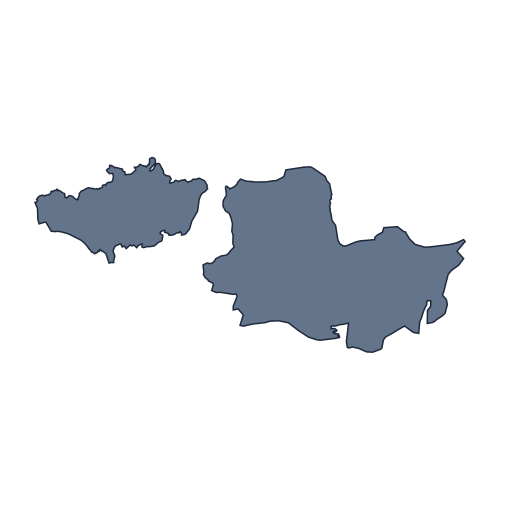 Wasagu-Danko, Kebbi, Nigeria, rotated 350°
{"feature_id": "59680162B4050907661224", "entity_name": "Wasagu-Danko", "entity_type": "district", "adm_level": 2, "iso_a3": "NGA", "parent_name": "Nigeria", "parent_adm1": "Kebbi", "projection": "orthographic", "projection_center": [5.394, 11.45], "detail": "fine", "context": "isolated", "style": "filled", "palette": "slate", "viewbox_px": 512, "rotation_deg": 350, "n_neighbors": 0, "source": "geoboundaries", "source_scale": "gbopen_adm2", "svg_char_len": 6099}
<svg xmlns="http://www.w3.org/2000/svg" viewBox="0 0 512 512"><g transform="rotate(350 256 256)"><path d="M354.1,371.0L362.1,369.6L363.9,368.7L366.9,360.8L369.6,358.2L376.8,355.8L383.3,353.2L390.2,350.8L397.7,358.6L402.8,360.5L405.8,349.2L408.1,345.9L411.1,340.0L413.4,336.4L415.6,333.7L415.9,332.2L416.9,329.7L420.4,330.6L419.1,336.2L415.5,339.1L412.9,352.2L417.9,352.1L420.3,351.6L422.6,350.1L428.9,347.4L432.3,345.2L436.0,337.1L436.0,332.8L435.7,331.6L435.2,330.5L433.3,327.8L433.2,326.8L433.5,325.4L434.4,324.4L442.0,307.6L445.9,304.2L454.2,300.1L460.0,294.6L454.8,286.2L464.5,278.0L463.3,275.9L455.7,277.9L448.0,278.3L427.7,277.2L423.5,276.5L414.7,272.2L410.1,265.7L407.2,258.1L405.7,257.6L400.4,251.7L386.8,250.3L384.6,254.6L379.7,256.1L376.5,258.1L375.6,260.5L361.4,259.2L356.6,259.5L346.2,261.8L343.3,261.0L341.6,259.5L340.4,258.0L339.4,253.8L339.7,239.8L337.0,234.1L337.2,227.0L336.8,225.1L336.9,223.8L337.3,223.3L337.1,222.0L336.8,221.5L337.2,220.4L337.5,220.2L337.2,219.2L337.7,218.7L337.9,217.7L338.6,217.1L338.2,214.3L338.6,213.6L340.2,212.8L340.3,210.5L340.6,209.6L341.0,209.3L341.3,208.6L341.0,197.5L338.9,194.3L337.9,189.6L327.5,179.4L325.1,177.7L318.7,176.8L300.4,176.4L297.5,182.2L295.8,183.3L288.8,185.3L285.5,184.9L278.8,184.8L267.5,182.9L264.7,181.9L259.4,180.6L254.1,177.6L250.8,180.2L250.0,181.6L248.4,182.9L246.8,183.9L242.2,185.4L241.6,184.4L240.3,183.6L239.8,182.6L239.1,182.2L238.2,182.3L237.7,184.2L237.8,185.7L237.4,191.0L233.4,195.7L232.8,197.9L232.2,201.6L233.9,206.5L237.0,209.3L238.1,214.6L238.4,220.3L236.5,227.2L237.0,231.6L235.4,239.6L236.0,243.4L232.2,246.1L229.9,248.2L227.1,250.0L221.7,249.9L215.9,251.7L214.4,253.5L211.8,255.3L209.3,255.5L206.5,254.4L202.3,255.6L201.8,263.0L201.0,264.8L202.0,268.2L204.5,271.0L204.8,272.3L208.7,275.1L209.1,276.8L206.3,282.3L210.6,285.1L214.1,285.4L227.1,289.9L230.0,290.0L230.4,292.5L224.9,301.4L224.2,305.2L229.1,305.0L233.3,311.7L228.2,321.6L231.6,322.9L240.9,322.4L253.4,323.2L258.7,322.6L267.2,323.8L276.3,327.4L284.8,336.7L293.6,345.0L301.1,349.0L304.6,350.1L319.8,350.9L324.1,350.7L324.2,349.5L322.7,349.6L322.9,348.5L323.8,348.5L323.8,347.2L319.6,346.1L318.7,344.8L318.8,344.0L319.8,343.6L320.4,343.5L320.6,344.7L321.4,344.6L322.8,343.3L321.0,341.1L317.3,340.6L318.0,338.0L320.8,338.6L322.0,338.6L323.6,338.6L326.2,338.2L329.3,338.4L335.5,338.2L330.2,355.8L330.0,361.6L331.2,362.7L335.3,362.4L341.1,364.8L348.2,369.6L354.1,371.0ZM49.8,162.0L50.5,163.3L49.0,164.8L47.6,164.9L49.1,171.1L47.5,182.1L48.0,186.7L53.8,186.0L55.0,186.4L58.7,196.1L62.5,197.1L64.9,197.2L68.6,198.5L73.1,200.6L75.8,202.1L86.5,210.1L89.1,213.3L91.5,217.1L92.6,219.6L93.9,221.5L94.7,223.5L96.2,224.3L97.2,225.5L97.7,225.8L98.0,225.4L100.3,225.0L101.3,223.9L102.3,224.2L102.3,223.2L102.7,222.8L103.2,222.9L103.8,222.6L104.1,222.9L104.4,224.1L105.7,224.6L108.0,226.9L108.7,228.1L110.0,237.4L110.9,237.5L112.1,237.2L113.4,237.6L114.8,237.7L115.1,235.6L117.0,231.5L116.0,226.3L118.4,222.6L119.3,221.7L123.6,220.7L124.9,220.6L125.7,223.8L126.7,223.7L127.5,223.2L128.1,223.6L128.4,224.2L128.8,224.4L129.3,226.1L129.5,226.2L134.1,223.2L135.5,224.6L137.7,224.1L140.0,227.1L142.0,225.2L145.9,224.3L145.3,227.4L146.7,228.2L149.6,228.0L150.9,227.6L152.2,228.4L153.7,228.2L155.1,228.5L156.1,228.3L157.3,228.5L161.0,226.5L162.0,225.7L165.4,224.9L166.3,224.1L166.8,222.0L167.5,221.1L167.7,219.4L165.5,217.4L166.1,215.7L169.7,214.7L170.7,215.1L170.2,216.7L173.4,218.5L173.9,219.2L173.7,219.8L174.0,220.4L175.9,220.8L178.7,220.7L182.6,219.3L184.0,219.9L184.8,219.4L185.5,219.3L185.5,218.8L185.8,218.9L186.6,220.7L186.3,222.4L188.2,222.5L190.3,222.2L195.2,217.9L199.0,210.3L206.2,201.8L209.9,190.3L212.3,186.4L214.6,184.5L216.6,183.9L220.0,181.4L219.8,179.7L220.1,177.6L218.8,174.1L218.1,172.8L213.5,169.5L211.1,169.9L210.1,169.8L209.7,170.2L209.5,169.9L207.6,169.5L206.8,169.7L206.1,170.4L204.5,171.0L202.8,171.1L202.0,171.5L200.7,170.7L199.3,168.4L198.9,168.4L198.4,168.8L197.9,168.5L196.6,168.6L195.5,168.4L192.4,169.2L191.5,168.2L190.1,167.6L189.1,167.8L188.7,168.6L187.9,169.0L183.9,169.3L183.6,169.0L184.2,167.2L185.6,165.8L185.8,165.0L185.3,164.2L184.8,162.5L180.9,160.9L180.6,160.2L179.5,159.2L179.3,158.6L179.5,157.4L179.3,156.9L179.5,155.9L178.9,154.7L178.9,153.6L178.4,152.9L177.4,149.5L176.7,148.2L176.2,147.9L173.8,147.9L173.4,148.5L173.4,149.0L172.1,149.9L169.8,152.9L167.5,153.8L166.6,154.0L166.3,153.9L166.6,152.1L169.4,149.7L171.8,148.2L173.3,146.3L173.5,144.0L173.3,143.1L172.7,142.0L171.5,141.3L170.7,141.0L168.4,141.6L168.0,142.0L167.5,145.3L167.3,145.4L166.7,146.5L166.2,147.0L166.2,147.4L165.2,147.6L164.7,148.2L164.1,148.5L163.6,149.2L163.1,149.2L162.6,148.3L162.2,148.1L159.1,147.0L158.9,146.5L157.9,145.6L157.1,145.9L155.7,147.2L153.7,147.8L151.7,147.5L152.7,149.9L152.4,150.7L147.2,153.7L144.2,153.5L142.7,153.2L142.3,153.4L141.1,153.1L141.5,150.4L139.7,149.5L139.3,148.8L139.6,148.3L139.7,147.6L139.4,147.2L133.2,144.4L132.4,144.5L131.7,144.2L131.3,143.8L131.4,143.4L130.8,142.8L130.1,142.7L129.8,142.2L129.0,141.6L128.2,141.4L127.5,141.4L127.3,143.0L126.3,144.4L125.0,144.5L123.7,145.6L124.2,147.0L125.9,149.3L126.3,149.6L127.8,149.6L129.1,149.8L129.4,150.2L129.2,151.1L129.5,152.4L128.8,154.5L128.8,155.0L127.3,157.6L125.0,158.3L124.3,157.8L122.9,157.9L122.5,158.4L122.2,158.3L121.2,158.7L120.8,159.9L120.5,160.1L118.7,159.5L118.0,159.8L117.6,159.7L117.0,160.0L116.7,161.5L115.2,162.2L114.4,162.3L114.1,162.1L113.4,162.2L113.1,162.9L112.5,162.6L111.6,162.7L110.9,162.0L110.1,162.4L106.0,160.8L104.7,160.7L104.3,160.2L102.9,159.7L100.2,160.2L96.9,161.5L95.8,161.5L94.8,162.0L93.5,163.3L93.1,163.4L92.7,164.1L92.5,165.7L90.5,168.5L90.6,169.4L89.7,169.6L87.7,168.1L86.4,166.6L86.0,165.6L83.6,164.4L82.8,164.1L81.6,164.5L80.9,165.2L80.4,165.4L80.3,165.8L79.1,165.7L78.6,164.9L78.0,164.6L78.1,163.1L78.5,162.0L78.1,161.1L77.4,160.9L76.6,160.2L73.9,157.5L72.4,157.1L72.0,155.8L71.5,155.7L71.0,156.7L69.3,156.3L68.4,156.6L67.6,157.4L66.6,156.7L65.8,156.8L65.2,157.2L64.9,158.7L61.7,159.9L60.5,159.5L58.0,160.3L57.3,159.4L56.1,159.0L53.6,159.2L51.1,160.6L50.8,161.5L49.8,162.0Z" fill="#64748b" stroke="#1e293b" stroke-width="1.5"/></g></svg>